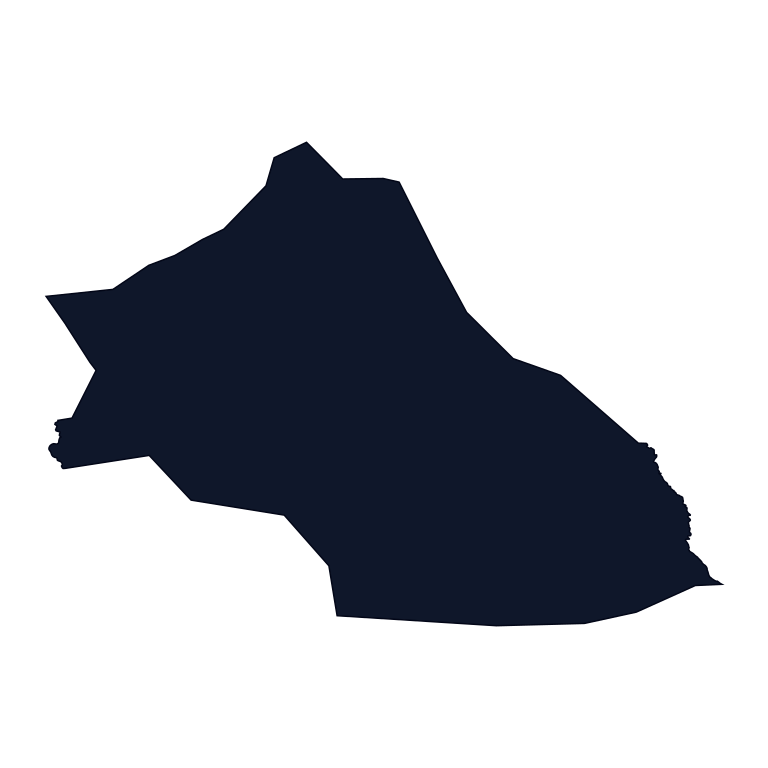 the district of Xashaat, Arhangay, Mongolia
{"feature_id": "93677404B90881349720721", "entity_name": "Xashaat", "entity_type": "district", "adm_level": 2, "iso_a3": "MNG", "parent_name": "Mongolia", "parent_adm1": "Arhangay", "projection": "natural_earth1", "projection_center": [103.458, 47.476], "detail": "fine", "context": "isolated", "style": "filled", "palette": "ink", "viewbox_px": 768, "rotation_deg": 0, "n_neighbors": 0, "source": "geoboundaries", "source_scale": "gbopen_adm2", "svg_char_len": 4687}
<svg xmlns="http://www.w3.org/2000/svg" viewBox="0 0 768 768"><path d="M721.9,584.3L720.1,583.3L719.0,582.4L718.7,582.1L718.0,581.7L717.5,581.2L717.0,581.3L716.1,581.1L715.4,580.9L714.2,580.2L711.9,578.7L711.0,577.8L710.0,577.2L709.4,576.2L709.0,575.6L708.8,575.1L708.5,574.1L708.3,573.2L708.0,572.3L707.7,571.2L707.4,570.6L707.2,569.9L707.1,569.2L707.1,568.5L707.0,568.2L706.8,567.7L706.6,567.3L706.4,566.9L706.0,566.5L705.8,566.1L705.4,565.7L705.0,565.3L704.4,564.9L703.8,564.6L703.5,564.4L703.0,563.8L702.6,563.4L702.2,563.0L702.0,562.7L701.9,562.4L701.8,562.0L701.0,561.0L700.5,560.4L700.1,560.1L699.9,559.8L699.3,559.2L698.5,558.5L698.0,557.9L697.5,557.2L696.4,556.4L695.7,556.0L694.4,554.8L693.5,553.8L692.8,553.3L691.9,552.7L691.2,552.3L690.3,551.8L689.6,551.3L689.4,550.9L689.3,550.4L689.0,550.1L688.6,549.7L688.5,549.4L688.7,548.9L689.0,548.0L689.1,547.4L688.9,547.0L688.7,546.5L688.6,545.9L688.5,545.1L688.1,544.3L687.8,543.9L687.5,543.2L686.8,542.3L686.3,541.4L685.8,540.9L685.4,540.3L685.6,539.7L686.2,539.2L687.7,539.2L689.3,539.1L689.4,538.9L689.0,538.3L688.4,537.9L688.0,537.4L687.8,537.0L687.7,536.6L687.8,536.2L688.3,535.9L689.1,535.8L690.0,535.7L690.5,535.6L690.7,535.1L690.9,534.8L691.0,534.4L690.9,533.9L690.8,533.4L690.5,533.1L690.1,532.9L689.9,532.6L689.6,532.1L689.5,531.7L689.5,530.9L689.8,530.0L689.9,529.2L690.0,528.6L690.0,528.2L689.7,527.9L689.4,527.5L689.0,527.2L688.9,526.9L689.1,526.2L689.1,525.7L688.8,525.0L688.7,524.2L688.4,522.9L688.4,522.3L688.7,521.9L689.4,521.2L690.1,520.6L690.3,520.2L690.3,519.9L690.1,519.4L689.6,518.7L689.1,518.3L688.5,517.9L688.1,517.5L688.0,517.0L688.0,516.4L688.2,516.0L688.5,515.7L689.0,515.4L690.2,515.3L690.3,514.9L690.0,514.5L689.5,514.0L688.7,513.5L688.2,513.0L687.6,512.2L687.3,511.6L687.0,511.1L686.9,510.8L686.8,510.3L686.8,509.7L687.0,508.9L687.0,508.0L686.6,507.4L686.2,507.2L685.8,507.0L685.4,506.8L685.2,506.7L685.2,506.4L685.2,506.1L685.4,505.9L685.8,505.8L685.9,505.5L685.8,505.3L685.5,505.1L685.0,504.8L683.0,504.1L682.9,502.8L683.3,501.4L683.2,500.5L682.9,499.3L682.8,498.2L682.5,497.3L681.5,496.6L680.7,496.4L680.2,496.2L679.7,495.7L679.0,495.3L678.2,495.1L677.6,494.9L677.0,494.7L676.7,494.5L676.4,494.1L676.2,493.6L675.9,493.0L675.6,492.6L675.2,492.2L674.8,492.0L674.4,492.0L674.1,491.8L674.1,491.3L673.9,490.6L673.3,490.5L672.9,490.3L672.6,490.0L672.2,489.6L671.7,489.2L671.3,489.1L671.0,488.8L670.7,488.3L670.7,487.9L670.6,487.3L670.5,486.7L670.2,486.4L669.5,486.3L668.7,486.1L668.1,485.7L667.8,485.0L667.6,484.2L667.3,483.5L666.9,483.0L666.4,482.5L665.8,482.2L665.3,481.9L664.4,481.1L663.9,480.4L663.6,480.2L663.5,479.9L663.4,479.6L662.8,478.6L662.5,477.7L662.1,476.9L661.7,476.5L661.2,475.9L660.9,475.5L660.5,475.1L660.4,474.8L660.3,474.5L660.4,474.2L660.6,473.9L660.9,473.7L660.9,473.4L660.7,473.2L660.4,473.2L659.9,473.6L659.4,473.9L659.1,473.8L658.9,473.5L658.9,473.1L659.2,472.2L659.3,471.7L659.0,471.1L658.4,470.3L658.0,470.0L657.9,469.5L657.8,469.0L658.1,468.0L658.2,467.1L658.0,466.7L657.5,465.5L657.1,464.4L656.2,463.3L655.8,462.9L655.3,462.6L654.7,462.4L654.1,462.3L653.7,462.1L653.5,461.8L653.5,461.2L653.9,460.7L654.2,460.0L655.1,458.6L656.0,457.6L656.5,457.0L656.7,456.3L656.7,455.6L656.7,455.2L656.6,454.9L656.3,454.8L655.8,454.8L655.2,455.0L654.7,455.0L654.4,454.8L654.3,454.4L654.3,453.0L654.1,451.9L654.2,451.2L654.1,450.0L653.8,449.6L653.5,449.3L653.0,449.1L652.4,448.8L652.0,448.5L651.5,448.2L651.2,447.9L650.9,447.8L650.6,447.9L650.2,448.2L649.8,448.4L649.4,448.3L648.9,448.0L648.3,447.7L647.7,447.3L646.9,446.9L646.6,446.5L646.8,446.1L647.2,445.7L647.6,445.2L647.5,444.8L647.2,444.3L646.9,443.8L646.4,443.4L640.5,443.2L638.4,443.2L560.6,375.4L513.1,358.6L491.0,336.7L478.7,324.4L466.6,312.4L437.3,258.2L399.1,182.1L383.2,178.5L342.7,179.0L325.2,161.2L316.1,152.0L306.5,142.3L274.2,157.7L266.0,185.8L223.8,229.2L223.4,229.4L203.0,239.2L202.4,239.5L174.8,255.5L148.6,265.4L148.1,265.8L112.9,289.4L46.1,296.4L65.6,324.2L66.1,325.1L90.0,362.4L96.1,370.4L72.0,418.1L57.9,420.4L58.1,421.2L57.5,421.8L55.3,422.9L54.9,424.4L56.7,425.6L57.0,426.3L55.6,429.8L56.2,430.9L60.0,432.0L60.1,432.8L59.5,434.0L59.4,435.5L60.9,437.0L59.7,437.9L59.0,439.9L58.6,443.0L56.9,444.1L53.7,443.7L52.5,444.0L51.5,444.5L50.1,445.6L49.2,447.2L49.0,447.9L48.9,449.1L49.6,450.5L50.7,451.9L51.2,453.3L51.8,455.0L52.9,456.4L54.5,457.3L56.1,457.6L56.9,458.0L57.2,459.3L57.4,460.2L58.1,460.7L60.7,461.6L61.3,462.2L61.8,462.9L62.3,464.0L62.2,464.9L62.0,465.3L61.5,466.0L61.8,466.9L62.3,467.8L63.1,468.5L65.0,468.4L149.2,455.4L190.9,499.9L191.1,500.1L284.2,515.1L328.9,565.8L337.1,615.7L496.4,625.7L546.1,624.4L584.5,623.4L636.3,612.1L695.3,585.5L721.9,584.3Z" fill="#0f172a" stroke="#020617" stroke-width="1.5"/></svg>